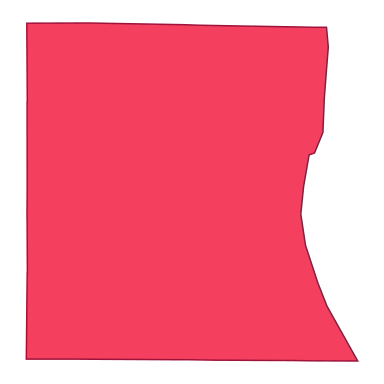 Lake, Illinois, United States of America
{"feature_id": "52423323B38563431849578", "entity_name": "Lake", "entity_type": "district", "adm_level": 2, "iso_a3": "USA", "parent_name": "United States of America", "parent_adm1": "Illinois", "projection": "equal_earth", "projection_center": [-87.971, 42.324], "detail": "fine", "context": "isolated", "style": "filled", "palette": "rose", "viewbox_px": 384, "rotation_deg": 0, "n_neighbors": 0, "source": "geoboundaries", "source_scale": "gbopen_adm2", "svg_char_len": 679}
<svg xmlns="http://www.w3.org/2000/svg" viewBox="0 0 384 384"><path d="M26.3,359.1L63.0,359.1L75.9,359.1L85.0,359.2L158.6,359.6L173.2,359.7L187.8,359.7L217.1,360.2L224.4,360.2L225.9,360.2L261.4,360.4L290.8,360.5L311.2,360.8L357.7,361.0L327.0,306.2L317.8,282.8L305.5,245.3L300.8,214.2L303.1,191.3L303.7,185.9L309.1,154.9L314.5,153.0L322.9,132.5L324.1,103.9L324.2,100.1L324.4,97.2L326.1,74.8L328.3,47.1L326.5,27.3L314.9,27.3L294.1,26.9L253.2,26.2L251.5,26.2L198.2,25.2L184.0,24.7L139.2,23.9L105.8,23.3L90.0,23.0L26.8,23.2L27.3,102.2L27.1,102.2L27.1,120.8L27.2,187.4L27.0,214.8L27.1,220.1L27.4,273.2L27.2,273.2L26.3,359.1Z" fill="#f43f5e" stroke="#9f1239" stroke-width="1.5"/></svg>